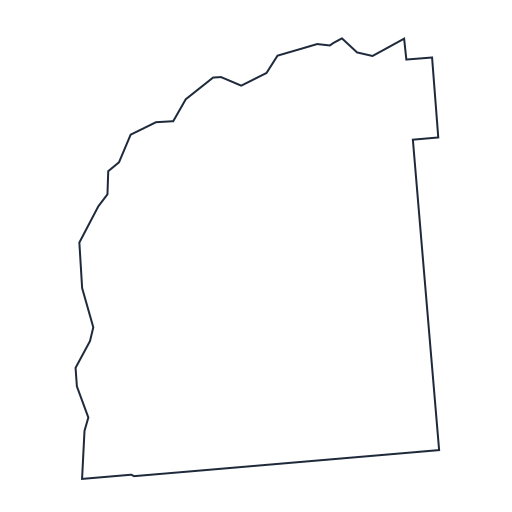 Saunders, Nebraska, United States of America (Natural Earth projection), rotated 265°
{"feature_id": "52423323B480079355264", "entity_name": "Saunders", "entity_type": "district", "adm_level": 2, "iso_a3": "USA", "parent_name": "United States of America", "parent_adm1": "Nebraska", "projection": "natural_earth1", "projection_center": [-96.529, 41.234], "detail": "fine", "context": "isolated", "style": "outline", "palette": "slate", "viewbox_px": 512, "rotation_deg": 265, "n_neighbors": 0, "source": "geoboundaries", "source_scale": "gbopen_adm2", "svg_char_len": 607}
<svg xmlns="http://www.w3.org/2000/svg" viewBox="0 0 512 512"><g transform="rotate(265 256 256)"><path d="M46.7,421.5L262.1,422.1L358.2,422.4L358.2,447.9L438.4,448.7L438.6,422.9L459.6,422.5L445.1,389.5L450.0,374.4L465.3,360.6L461.6,351.9L459.3,347.9L461.8,335.4L453.7,294.9L437.4,282.4L427.0,256.1L437.3,236.7L437.5,228.8L418.3,199.7L397.5,185.3L398.0,168.0L387.8,141.7L361.3,127.7L353.4,116.2L330.4,113.4L319.3,103.3L284.8,81.2L239.2,80.0L199.1,87.7L185.7,83.2L160.3,66.5L141.7,66.2L109.7,74.9L96.7,69.9L49.1,63.3L49.0,112.6L47.3,115.4L46.7,421.5Z" fill="none" stroke="#1e293b" stroke-width="2"/></g></svg>